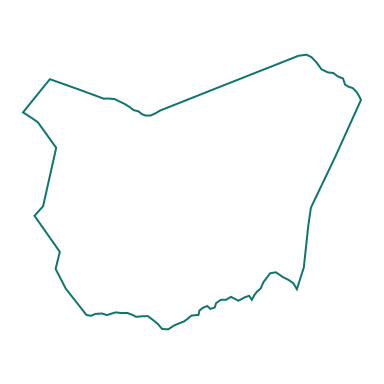 Teofilândia, Bahia, Brazil (Robinson projection)
{"feature_id": "56859067B44789603745472", "entity_name": "Teofilândia", "entity_type": "district", "adm_level": 2, "iso_a3": "BRA", "parent_name": "Brazil", "parent_adm1": "Bahia", "projection": "robinson", "projection_center": [-38.948, -11.473], "detail": "fine", "context": "isolated", "style": "outline", "palette": "teal", "viewbox_px": 384, "rotation_deg": 0, "n_neighbors": 0, "source": "geoboundaries", "source_scale": "gbopen_adm2", "svg_char_len": 1204}
<svg xmlns="http://www.w3.org/2000/svg" viewBox="0 0 384 384"><path d="M23.0,112.4L30.9,117.4L37.9,122.3L56.2,147.8L43.1,206.2L34.5,215.8L54.8,244.7L59.8,251.9L55.6,268.9L65.8,288.7L86.4,314.9L90.9,315.8L95.5,313.9L102.1,313.5L106.9,315.1L111.3,313.7L115.6,312.4L121.3,313.0L127.5,313.0L131.8,314.6L136.1,316.8L142.0,316.3L147.9,316.1L152.1,319.3L157.7,323.8L162.1,329.0L168.3,329.3L174.0,325.5L180.0,323.0L184.1,321.4L187.4,319.0L191.4,315.6L198.5,314.9L199.4,310.6L203.2,307.6L207.2,306.0L210.4,308.9L214.7,307.5L216.1,303.1L220.9,299.8L225.9,299.8L231.0,296.9L238.4,300.7L244.8,297.3L249.1,295.8L251.8,299.8L254.5,294.9L257.1,291.5L260.8,288.4L263.4,282.2L266.6,278.0L270.1,273.3L275.9,272.3L282.9,277.1L288.7,280.0L293.4,283.4L296.9,289.2L303.8,267.5L308.2,226.4L310.9,207.7L335.2,156.9L361.0,99.9L358.9,95.8L356.5,91.9L352.7,88.1L348.5,86.7L345.1,84.7L343.0,78.5L337.8,76.4L333.3,73.0L327.8,72.4L321.5,69.3L316.4,62.3L311.5,57.2L306.5,54.7L298.4,55.8L221.7,86.1L160.2,110.5L155.8,113.1L150.7,115.5L145.4,115.5L141.8,114.1L138.6,111.4L133.8,110.2L129.3,106.8L124.7,104.0L114.7,99.1L107.8,98.5L103.8,98.7L77.8,89.1L49.9,79.2L42.3,88.5L23.0,112.4Z" fill="none" stroke="#0f766e" stroke-width="2"/></svg>